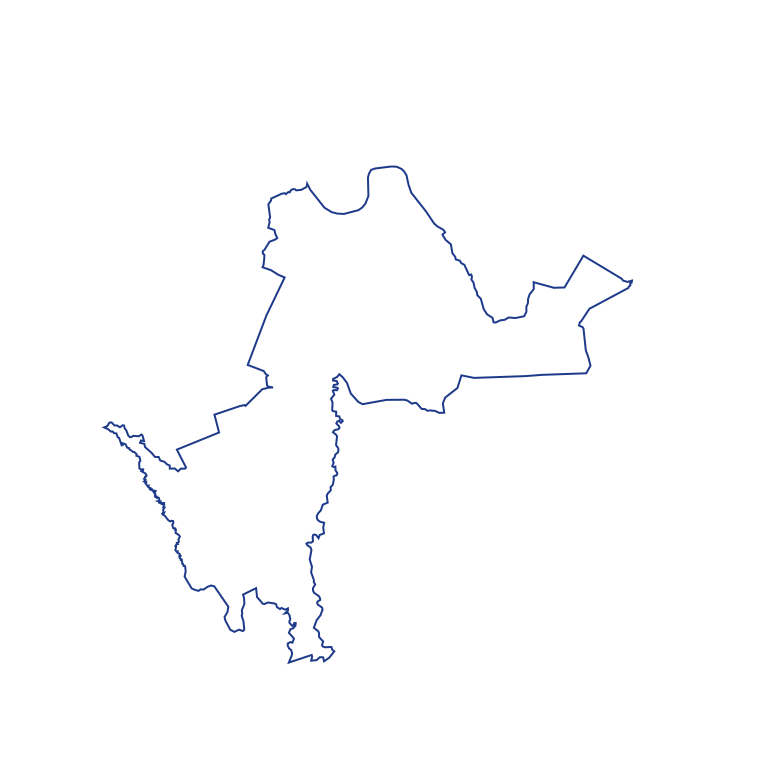 San Jacinto de Yaguachi, Guayas, Ecuador, rotated 62°
{"feature_id": "8360857B83271763782433", "entity_name": "San Jacinto de Yaguachi", "entity_type": "district", "adm_level": 2, "iso_a3": "ECU", "parent_name": "Ecuador", "parent_adm1": "Guayas", "projection": "albers", "projection_center": [-79.669, -2.119], "detail": "fine", "context": "isolated", "style": "outline", "palette": "blue", "viewbox_px": 768, "rotation_deg": 62, "n_neighbors": 0, "source": "geoboundaries", "source_scale": "gbopen_adm2", "svg_char_len": 6165}
<svg xmlns="http://www.w3.org/2000/svg" viewBox="0 0 768 768"><g transform="rotate(62 384 384)"><path d="M409.1,116.5L408.2,121.0L405.0,124.3L402.5,124.8L364.3,147.7L383.5,179.3L378.8,188.8L364.4,204.1L370.5,207.2L373.2,213.3L376.6,216.9L380.1,218.9L382.7,222.1L387.0,224.3L390.0,228.4L387.4,237.1L383.8,242.7L384.0,247.2L382.4,251.4L382.1,256.6L381.0,258.3L376.5,257.1L370.9,260.3L364.7,260.8L354.2,258.5L349.5,259.9L346.1,258.8L341.7,258.9L336.5,257.4L332.7,257.8L330.7,256.0L328.3,255.6L327.8,257.7L316.5,257.1L313.6,259.0L310.8,259.1L307.7,262.2L305.2,261.4L300.7,262.2L292.1,259.4L285.8,261.9L280.4,262.3L279.4,262.1L278.8,258.9L277.5,258.9L275.3,259.4L269.9,262.9L265.8,264.4L251.2,265.9L228.1,270.1L219.9,268.9L210.5,266.2L206.0,266.4L202.4,267.5L198.1,270.8L195.4,275.4L189.6,290.5L188.9,294.9L191.4,298.7L194.3,301.3L210.7,309.5L216.0,315.7L217.9,320.2L218.5,324.9L215.1,339.4L211.7,345.1L207.7,349.5L200.4,353.8L178.0,357.9L171.1,357.8L173.0,359.2L173.7,360.6L173.7,366.0L171.8,370.6L170.4,371.1L169.2,372.7L169.2,375.4L170.5,377.2L169.6,378.3L170.3,381.5L168.9,382.1L168.0,385.0L167.3,396.4L169.1,397.8L171.1,401.8L183.4,406.3L184.9,408.2L187.5,409.1L191.7,412.9L196.6,408.5L200.9,409.6L205.0,409.7L205.4,412.3L204.6,418.3L209.4,426.5L209.9,428.8L212.1,429.7L213.8,429.0L217.0,430.8L222.6,434.7L223.9,436.4L230.5,430.3L237.7,426.2L243.3,421.7L268.4,455.8L303.2,495.4L316.1,484.1L320.3,483.6L321.9,482.5L322.8,484.9L330.3,487.9L332.1,487.2L335.0,483.6L333.1,487.4L331.5,494.0L338.3,516.5L337.2,516.8L335.8,521.7L331.5,548.1L349.4,552.4L344.7,597.7L364.8,598.0L365.3,599.7L363.4,602.9L364.4,606.8L360.3,608.5L358.2,612.8L355.3,611.5L353.1,613.3L349.6,614.4L346.5,617.5L342.7,617.2L340.8,620.5L335.8,621.5L327.5,624.6L324.3,623.7L321.4,627.0L319.8,625.1L321.6,622.6L315.9,621.4L314.8,621.8L315.0,625.1L312.1,629.7L312.2,632.4L311.6,633.3L309.5,634.0L303.7,633.3L301.4,633.8L298.6,633.0L297.8,634.0L298.2,637.5L295.3,639.2L294.0,641.5L290.0,642.6L289.2,644.6L291.2,648.0L290.9,651.5L294.4,648.8L297.9,647.4L298.5,645.9L300.6,645.5L302.0,643.5L306.0,644.1L307.2,643.2L315.0,644.4L315.1,643.1L313.6,642.6L315.8,640.5L319.7,640.6L321.0,639.1L322.0,639.4L325.9,637.6L326.8,636.4L329.9,635.4L331.1,636.3L333.5,634.1L337.5,635.2L338.3,637.0L343.4,639.5L345.2,639.0L346.3,636.7L347.3,637.5L347.3,639.0L351.3,636.5L353.5,636.7L353.7,638.4L354.5,638.5L355.1,640.4L356.7,639.6L357.3,641.3L357.7,640.5L358.9,641.1L359.0,640.0L360.9,641.1L362.7,640.8L363.2,639.5L364.3,640.5L366.6,638.9L366.5,640.1L367.1,640.2L368.3,639.3L368.4,638.5L370.8,638.1L370.0,637.4L371.2,635.9L373.1,638.0L373.9,637.6L375.1,638.6L375.9,638.0L376.2,638.9L378.1,637.9L377.7,637.1L379.0,636.2L381.6,637.0L381.3,638.4L381.8,637.9L382.9,638.2L383.0,636.5L384.2,637.2L385.8,634.1L386.7,634.8L386.2,636.0L387.6,634.9L389.3,636.8L390.1,635.8L391.4,638.1L393.7,638.8L394.4,640.8L395.0,640.6L394.9,639.2L395.8,640.4L397.5,639.4L403.1,638.4L405.1,637.1L405.0,635.8L406.1,634.5L408.0,635.4L408.9,637.0L412.2,637.8L413.5,636.1L414.1,636.4L413.8,637.8L414.9,636.2L417.8,637.9L421.1,636.0L422.8,635.8L425.0,638.7L426.9,639.1L427.4,640.2L427.1,641.3L428.5,641.3L428.1,642.5L429.2,644.3L429.8,643.8L432.6,646.1L434.7,645.9L434.9,644.8L436.3,645.5L437.9,644.3L439.9,644.3L439.9,645.2L440.6,644.8L441.0,645.9L441.8,646.2L443.4,645.4L443.9,645.8L444.2,645.0L448.0,646.5L448.7,645.9L450.5,646.4L451.1,645.2L452.2,645.4L456.4,647.1L460.5,650.5L474.2,649.8L477.2,647.4L479.6,644.8L479.2,642.3L480.8,639.8L480.2,634.9L480.7,631.3L483.1,628.8L507.6,626.0L511.8,629.2L514.9,634.2L518.5,635.1L528.8,635.1L532.6,632.5L532.9,627.3L535.9,624.6L535.3,622.7L527.8,619.6L521.7,618.4L520.3,617.0L517.1,615.8L512.6,610.5L506.9,607.9L503.8,607.4L504.2,592.8L512.5,596.1L521.0,594.2L522.1,593.0L522.4,589.1L526.4,583.7L527.9,582.7L530.9,583.2L533.9,581.5L533.6,579.7L536.9,577.1L537.0,574.2L538.9,575.1L540.0,579.0L540.7,576.4L543.8,576.0L548.0,577.3L548.9,578.8L550.4,579.6L554.5,578.6L554.5,577.2L552.9,575.5L553.7,574.2L555.9,575.7L557.0,578.9L556.6,581.8L559.1,584.8L566.5,583.0L569.4,586.3L568.0,587.6L567.9,590.7L569.7,591.8L573.0,592.0L575.1,590.9L578.5,591.5L580.4,592.9L585.3,598.8L589.3,575.1L591.0,575.4L594.0,578.2L596.2,573.2L595.1,569.0L596.3,566.7L596.8,566.1L600.7,567.1L600.0,560.9L596.7,553.4L594.4,554.4L591.5,553.9L588.6,560.0L586.6,561.5L585.3,561.2L582.8,558.6L577.1,560.1L573.3,558.3L571.5,558.1L566.3,560.4L560.8,554.2L558.4,548.7L554.3,544.1L552.1,543.7L548.0,545.9L546.0,545.9L544.9,544.9L544.7,541.6L542.5,541.0L540.4,541.2L535.5,543.8L533.2,543.7L531.0,542.6L528.6,538.8L526.1,539.0L524.0,537.9L516.1,536.8L511.6,533.4L504.1,532.0L496.5,526.0L493.9,525.6L490.0,527.5L488.5,527.4L488.3,525.7L489.9,522.6L489.6,520.6L485.2,518.6L484.1,517.4L484.2,516.1L485.6,514.8L489.4,514.2L487.1,511.6L487.7,507.1L482.3,505.1L478.4,502.0L475.7,505.0L473.5,506.2L471.3,506.3L469.3,505.5L467.5,503.3L465.8,498.9L461.8,494.7L462.3,489.4L455.7,487.0L454.2,484.9L452.9,480.9L450.0,479.6L449.0,476.6L444.9,473.2L442.2,472.1L441.8,470.7L442.4,469.1L441.8,467.8L440.5,467.0L437.6,467.4L434.1,465.7L433.6,467.5L432.3,468.3L429.9,465.4L426.6,464.8L425.7,462.1L423.5,460.2L422.7,456.7L421.0,455.2L419.1,454.6L415.4,455.0L408.1,450.0L406.3,450.1L402.6,451.7L401.5,449.3L402.5,445.6L401.8,443.8L400.2,443.5L396.5,444.6L395.2,443.0L395.3,441.3L398.1,440.2L397.3,437.8L396.1,437.9L394.7,439.3L391.6,438.7L389.7,441.3L386.0,439.2L383.9,441.9L382.7,442.0L376.2,438.1L372.2,437.7L370.1,432.9L366.0,432.4L365.8,431.1L367.4,428.5L366.4,426.8L365.5,426.9L362.9,430.2L361.3,428.8L362.4,425.3L361.9,424.5L359.2,424.4L357.0,427.3L355.6,426.6L355.8,422.1L354.4,418.9L355.1,418.5L359.4,417.1L365.8,416.2L376.9,417.8L387.8,415.1L391.8,412.3L399.2,389.2L407.3,373.7L409.4,371.2L414.5,368.6L415.2,365.4L416.2,364.2L423.7,362.4L425.5,359.5L428.1,358.2L428.9,355.8L431.8,351.5L435.5,348.7L437.6,344.3L428.7,341.1L424.7,336.3L422.0,321.0L412.7,311.6L420.9,301.6L443.4,255.5L450.1,240.2L469.4,200.6L469.9,201.1L464.8,193.1L456.3,191.0L449.3,190.1L428.6,181.8L427.0,182.0L423.9,184.4L421.4,182.0L421.3,180.7L414.0,167.3L413.9,123.0L413.0,122.3L412.6,120.2L410.7,119.4L410.8,117.8L409.1,116.5Z" fill="none" stroke="#1e3a8a" stroke-width="2"/></g></svg>